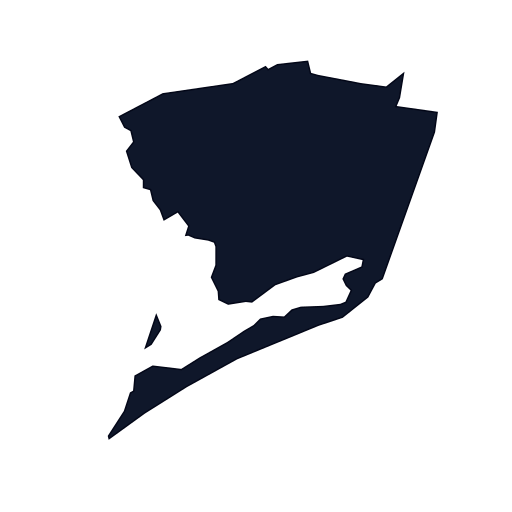 Calhoun, Texas, United States of America (Robinson projection), rotated 9°
{"feature_id": "52423323B71782729975754", "entity_name": "Calhoun", "entity_type": "district", "adm_level": 2, "iso_a3": "USA", "parent_name": "United States of America", "parent_adm1": "Texas", "projection": "robinson", "projection_center": [-96.654, 28.395], "detail": "fine", "context": "isolated", "style": "filled", "palette": "ink", "viewbox_px": 512, "rotation_deg": 9, "n_neighbors": 0, "source": "geoboundaries", "source_scale": "gbopen_adm2", "svg_char_len": 1199}
<svg xmlns="http://www.w3.org/2000/svg" viewBox="0 0 512 512"><g transform="rotate(9 256 256)"><path d="M247.3,63.7L238.8,70.1L235.8,67.6L206.3,89.4L138.7,110.4L99.2,139.8L106.1,149.3L112.9,151.7L117.4,162.5L111.8,172.7L119.5,188.0L133.0,198.3L134.2,206.0L141.5,206.9L145.8,217.3L154.3,225.3L159.5,234.6L171.9,224.4L185.0,236.9L183.5,246.5L185.9,245.8L192.8,247.6L206.4,247.6L212.8,248.8L215.1,252.9L218.0,271.4L215.4,284.0L224.3,296.6L226.2,304.8L236.1,307.8L253.0,302.3L259.1,302.0L279.3,281.3L299.7,270.1L315.4,263.1L345.7,241.7L362.7,242.7L362.4,250.3L347.1,260.0L345.7,265.0L349.9,271.0L355.6,275.0L352.1,287.6L347.0,290.7L330.4,295.4L308.4,299.7L300.0,303.7L293.6,312.0L282.3,313.1L270.3,317.7L264.9,325.1L256.1,332.3L241.3,346.1L216.7,365.4L200.1,379.9L171.3,381.0L155.4,393.4L156.4,408.6L153.5,410.9L150.4,430.0L138.5,456.9L139.5,459.3L170.4,428.5L207.9,395.7L253.2,360.4L328.5,314.5L350.9,302.9L372.8,279.0L378.0,264.0L384.2,258.7L412.8,105.7L412.4,85.9L370.6,86.6L372.9,77.2L373.1,52.7L358.3,68.9L332.6,69.5L288.9,68.1L281.3,67.2L276.5,55.7L247.3,63.7ZM161.2,363.9L166.2,359.6L173.0,343.9L173.0,340.5L166.8,330.2L161.2,363.9Z" fill="#0f172a" stroke="#020617" stroke-width="1.5"/></g></svg>